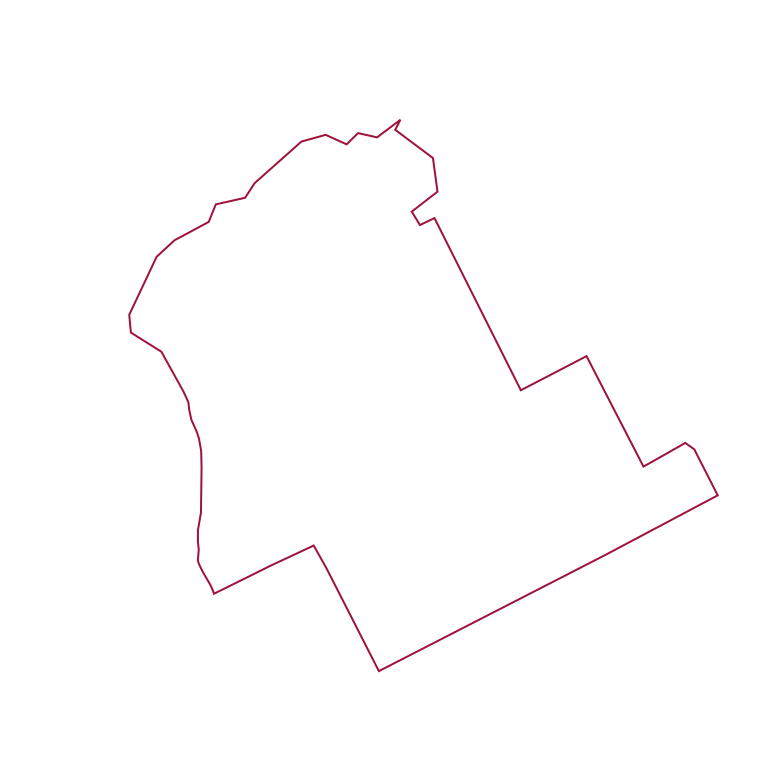 the district of Jersey, Illinois, United States of America, rotated 63°
{"feature_id": "52423323B55765441585507", "entity_name": "Jersey", "entity_type": "district", "adm_level": 2, "iso_a3": "USA", "parent_name": "United States of America", "parent_adm1": "Illinois", "projection": "equal_earth", "projection_center": [-90.406, 39.093], "detail": "fine", "context": "isolated", "style": "outline", "palette": "rose", "viewbox_px": 768, "rotation_deg": 63, "n_neighbors": 0, "source": "geoboundaries", "source_scale": "gbopen_adm2", "svg_char_len": 789}
<svg xmlns="http://www.w3.org/2000/svg" viewBox="0 0 768 768"><g transform="rotate(63 384 384)"><path d="M634.7,137.2L583.1,137.2L573.3,142.3L575.4,190.3L451.1,190.9L451.7,264.9L259.1,263.7L258.7,279.8L243.0,281.0L236.9,249.0L204.9,237.8L162.6,258.6L156.0,249.4L161.1,278.2L148.7,293.2L153.5,308.5L135.5,322.9L130.5,347.5L146.3,408.1L155.0,423.2L147.6,452.3L160.0,466.6L160.8,505.3L167.4,528.8L206.7,579.6L223.3,586.2L254.2,567.7L299.6,566.1L311.5,566.6L318.6,569.3L328.6,571.9L341.4,572.5L348.9,573.7L360.6,577.3L371.7,582.6L374.7,584.0L415.4,605.4L429.7,616.1L440.0,621.4L447.4,624.2L456.4,629.8L460.1,630.6L468.3,630.8L484.9,629.9L491.8,630.4L493.7,630.7L494.4,567.9L496.0,520.0L522.1,518.9L637.5,518.9L636.8,264.9L634.7,137.2Z" fill="none" stroke="#9f1239" stroke-width="2"/></g></svg>